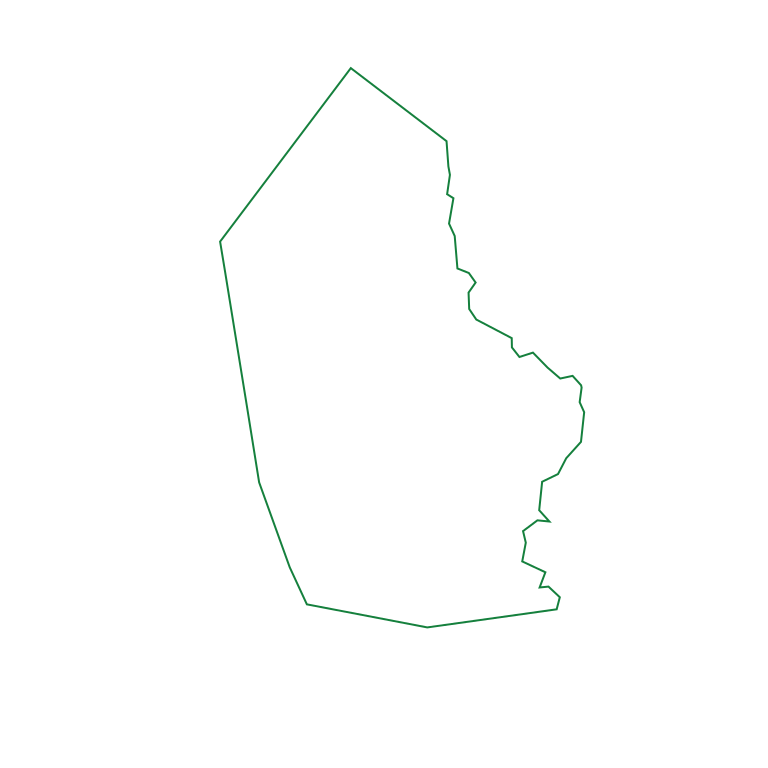 the district of Williamson, Texas, United States of America, rotated 237°
{"feature_id": "52423323B40503008253426", "entity_name": "Williamson", "entity_type": "district", "adm_level": 2, "iso_a3": "USA", "parent_name": "United States of America", "parent_adm1": "Texas", "projection": "orthographic", "projection_center": [-97.689, 30.655], "detail": "fine", "context": "isolated", "style": "outline", "palette": "green", "viewbox_px": 768, "rotation_deg": 237, "n_neighbors": 0, "source": "geoboundaries", "source_scale": "gbopen_adm2", "svg_char_len": 742}
<svg xmlns="http://www.w3.org/2000/svg" viewBox="0 0 768 768"><g transform="rotate(237 384 384)"><path d="M553.6,568.7L667.0,528.2L592.7,324.1L564.8,311.9L440.0,256.9L369.5,225.7L281.6,205.1L241.2,199.3L156.3,287.7L101.0,406.1L109.4,415.3L124.5,411.6L128.6,403.7L138.2,416.8L159.9,403.3L173.7,416.5L184.9,420.5L186.1,438.4L178.6,447.8L193.6,445.4L215.9,463.4L213.7,480.9L222.5,496.4L228.2,517.7L251.3,536.5L262.2,538.2L273.4,547.8L275.6,548.6L288.1,546.6L292.6,534.8L308.7,530.1L329.2,526.0L332.9,512.3L345.0,511.2L352.9,516.1L387.8,496.5L400.5,496.3L414.6,504.7L419.2,516.1L430.9,515.6L440.9,508.5L469.6,523.9L483.1,525.9L502.0,543.4L508.8,540.3L523.5,553.2L531.4,556.5L553.6,568.7Z" fill="none" stroke="#15803d" stroke-width="2"/></g></svg>